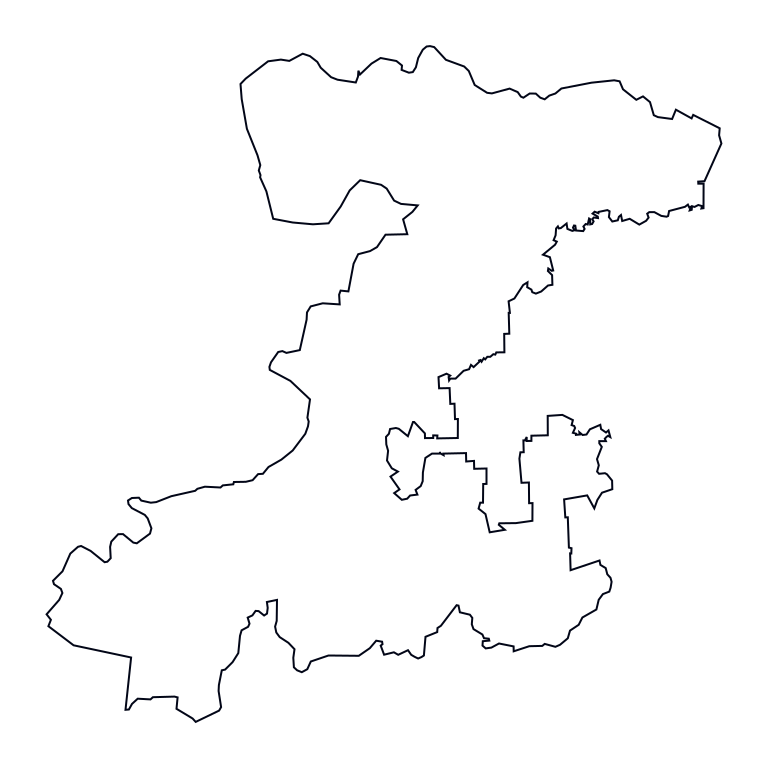 the district of Coxquihui, Veracruz, Mexico
{"feature_id": "50627088B19179472142749", "entity_name": "Coxquihui", "entity_type": "district", "adm_level": 2, "iso_a3": "MEX", "parent_name": "Mexico", "parent_adm1": "Veracruz", "projection": "natural_earth1", "projection_center": [-97.543, 20.215], "detail": "fine", "context": "isolated", "style": "outline", "palette": "ink", "viewbox_px": 768, "rotation_deg": 0, "n_neighbors": 0, "source": "geoboundaries", "source_scale": "gbopen_adm2", "svg_char_len": 6061}
<svg xmlns="http://www.w3.org/2000/svg" viewBox="0 0 768 768"><path d="M128.9,709.5L132.0,703.9L137.7,698.7L150.5,699.4L152.9,697.2L174.5,696.6L177.6,697.4L176.5,708.8L192.6,718.5L195.7,721.9L219.1,710.6L221.1,707.1L218.6,691.0L218.9,685.0L221.8,670.3L225.1,669.6L232.6,662.1L238.3,653.1L240.0,635.8L241.6,630.3L248.1,626.8L249.5,623.7L247.7,617.6L252.4,615.4L255.6,610.9L258.6,611.1L264.1,615.5L267.0,613.6L267.7,607.9L266.9,602.0L277.0,599.9L276.7,620.9L275.1,626.6L276.3,632.5L279.7,637.1L288.4,642.8L294.5,649.2L293.3,657.8L293.9,667.3L297.1,670.3L301.8,672.2L307.3,669.2L310.8,661.5L328.5,655.5L358.8,655.8L369.8,648.2L376.2,640.7L382.1,641.7L382.5,644.2L380.7,645.6L384.1,654.7L393.9,652.3L398.2,654.8L408.0,650.2L411.2,654.8L414.6,656.8L418.1,658.5L421.4,657.1L423.9,655.5L425.5,636.8L437.2,632.1L437.5,628.0L440.9,625.8L456.6,605.2L458.5,605.6L459.9,612.3L469.9,614.7L472.3,617.9L471.8,624.3L473.5,629.1L482.4,634.5L484.0,638.2L488.8,638.7L489.3,640.6L482.8,641.2L482.5,645.6L485.7,648.4L491.4,647.6L499.0,643.5L513.6,646.4L513.7,651.3L529.3,646.2L542.3,645.9L544.7,643.9L555.4,646.8L560.0,644.8L567.8,638.3L570.0,630.6L578.7,624.8L582.4,617.5L596.4,609.5L598.7,599.8L602.9,594.1L609.3,591.6L610.6,587.7L611.6,581.8L610.5,577.8L607.3,574.3L605.7,568.1L600.4,564.9L599.5,560.5L570.6,570.2L570.1,553.4L571.3,553.5L571.5,548.2L568.9,547.6L567.8,517.3L565.3,517.4L564.1,499.4L587.2,495.4L594.3,508.4L597.4,499.9L602.0,492.7L612.3,489.2L612.1,480.6L607.0,474.3L605.0,473.2L599.1,473.8L597.1,471.6L598.8,465.3L597.0,459.1L601.8,446.9L599.3,443.3L599.3,441.1L605.9,441.1L604.8,438.7L606.6,436.8L608.0,435.8L610.3,437.1L608.5,430.4L606.0,432.5L601.1,429.1L600.3,424.8L589.9,429.3L586.5,434.5L582.6,435.0L579.4,432.3L579.8,434.5L576.0,434.9L576.1,433.7L572.9,432.8L575.1,428.0L574.2,426.0L571.6,425.1L572.9,420.1L562.4,414.9L547.7,415.9L547.8,435.3L531.4,435.7L531.4,440.9L526.7,441.0L526.7,437.0L524.9,440.4L523.4,440.4L523.7,452.2L520.4,452.3L519.4,458.6L521.5,482.8L528.9,482.5L529.1,503.2L532.5,503.1L532.4,520.8L516.0,523.1L499.3,523.3L498.8,524.8L504.8,529.8L489.7,532.3L485.5,514.1L478.6,508.6L480.2,502.7L483.0,502.7L483.2,484.0L486.5,483.9L486.5,468.5L474.2,468.8L474.0,460.9L466.2,461.5L466.0,453.1L443.4,453.6L443.6,455.2L440.2,453.3L440.0,451.9L439.8,453.6L432.0,453.6L425.4,457.9L422.9,472.5L422.7,481.2L420.7,486.1L415.6,489.9L417.4,494.6L410.1,495.5L407.2,498.7L401.8,499.8L394.2,493.1L399.5,489.4L390.5,476.6L397.9,471.6L391.8,468.3L387.0,460.5L388.1,450.8L386.3,444.4L386.0,436.9L388.9,433.8L390.1,429.0L395.9,428.0L398.8,428.8L407.9,436.2L413.0,422.0L414.2,422.0L424.9,433.4L425.0,438.1L433.2,438.0L433.2,435.4L434.4,435.4L437.4,435.5L437.2,438.4L457.8,438.0L457.9,419.0L455.0,419.1L454.5,403.7L450.3,403.9L449.6,388.1L439.1,388.3L438.5,377.1L446.5,373.7L450.2,375.6L448.6,377.0L449.1,380.4L450.3,378.6L455.6,378.6L463.6,370.8L469.1,369.2L471.0,364.9L473.6,367.1L479.6,361.5L479.1,360.5L480.6,360.0L481.6,361.7L483.8,358.2L485.2,359.4L487.3,356.8L490.3,356.8L493.3,354.2L495.3,354.6L496.3,352.4L504.4,352.3L504.2,333.9L509.3,333.7L508.7,312.9L509.9,312.9L508.6,301.3L514.4,298.5L523.2,285.0L527.5,282.3L527.2,287.2L531.4,289.6L532.3,292.2L535.9,293.6L541.2,291.5L548.0,285.5L552.4,284.8L552.1,275.1L547.9,271.0L548.3,268.5L551.7,270.8L553.2,270.5L549.9,257.2L543.0,254.7L555.1,244.7L556.8,241.6L553.6,240.2L555.6,235.3L556.1,228.5L557.9,226.4L558.8,228.4L560.8,228.1L566.6,223.5L567.4,228.9L572.3,230.9L574.4,230.3L573.0,227.6L574.0,225.5L575.3,225.7L576.0,230.5L583.2,231.1L584.6,228.9L583.4,226.5L585.7,224.0L587.7,224.5L589.1,218.5L590.2,219.2L590.2,224.4L592.1,224.0L593.6,221.4L592.3,219.1L593.8,217.5L598.0,218.1L597.8,216.6L592.6,213.6L594.6,211.7L598.4,213.2L598.6,211.9L607.4,210.1L609.6,211.3L608.9,217.1L612.3,221.5L617.8,220.3L618.9,216.8L621.0,215.0L622.2,221.0L629.7,218.8L639.3,224.6L646.1,220.8L648.6,217.6L647.2,213.7L649.3,212.1L654.3,212.1L661.3,215.9L666.6,216.7L668.1,216.0L669.1,211.0L685.0,206.8L687.9,204.6L689.2,207.4L690.9,206.7L689.7,210.4L691.7,209.8L692.0,206.3L694.6,206.9L698.3,205.0L702.1,206.1L701.4,208.5L703.5,208.2L703.6,183.7L698.3,183.7L698.2,181.6L704.5,181.2L721.4,143.5L719.1,135.3L719.7,128.3L693.2,114.9L691.6,118.4L675.9,109.7L672.1,119.0L657.9,117.1L653.8,115.2L650.0,102.1L643.0,96.4L636.3,99.8L623.0,89.3L619.6,81.3L614.2,80.3L591.4,82.7L561.4,88.5L555.4,93.5L549.3,95.6L544.7,99.3L540.3,97.7L535.8,93.6L529.7,93.5L523.4,97.7L520.9,96.6L517.7,92.1L509.6,88.6L491.9,93.4L487.1,92.8L474.7,85.0L468.8,71.0L464.2,66.5L445.9,59.8L434.2,47.1L430.0,46.1L426.6,46.5L422.8,49.7L418.2,58.0L415.9,67.3L412.8,72.1L408.9,72.7L401.6,69.9L402.0,65.5L396.4,61.0L380.6,58.0L371.5,63.6L360.0,74.5L358.4,70.7L358.0,76.6L355.8,82.5L337.5,79.7L331.1,77.2L320.7,67.7L317.3,61.9L309.9,56.1L302.7,53.7L289.3,60.9L280.9,59.6L268.1,61.3L245.7,78.6L240.5,84.0L241.7,99.1L246.9,128.8L257.5,155.3L260.3,165.1L258.8,170.5L260.5,175.1L260.1,177.3L266.4,191.4L273.2,218.8L292.7,222.5L312.9,224.3L328.6,223.3L340.7,206.5L349.7,190.4L360.2,180.2L381.1,184.8L386.7,188.6L394.1,200.6L401.0,203.9L417.7,205.4L412.4,211.9L403.1,219.3L407.3,234.2L385.5,234.7L377.0,247.1L370.0,251.1L358.2,254.2L353.6,263.7L348.4,291.4L340.6,290.6L339.1,294.7L339.7,304.4L322.7,303.3L310.7,306.4L307.0,312.4L306.6,319.7L299.8,350.1L286.4,352.9L282.4,351.1L278.2,352.0L271.0,362.3L269.4,366.9L269.8,369.9L290.4,380.9L310.0,399.4L307.4,417.7L308.7,421.5L308.0,426.3L305.3,433.8L292.7,450.5L281.4,459.6L268.5,467.0L262.9,473.8L258.1,474.1L252.6,480.2L245.8,481.8L233.9,482.0L233.3,484.3L222.8,485.4L220.5,487.5L204.9,486.7L197.4,488.8L195.2,490.8L171.3,496.2L156.2,502.1L150.8,502.7L141.3,500.6L138.9,497.7L131.9,498.0L128.0,500.5L128.5,504.1L131.8,508.1L144.8,514.9L147.7,518.4L151.4,528.3L150.0,533.6L136.8,543.3L133.3,542.6L123.0,534.1L118.2,534.2L111.3,541.6L110.1,546.9L110.7,558.2L107.4,561.7L104.6,562.2L90.6,550.9L81.1,546.0L78.0,546.8L70.3,553.6L62.5,571.3L53.0,580.8L54.0,584.2L60.9,588.9L62.4,593.0L59.2,599.9L46.6,614.3L50.9,619.8L48.4,626.2L73.6,645.3L131.1,657.5L125.5,709.8L128.9,709.5Z" fill="none" stroke="#020617" stroke-width="2"/></svg>